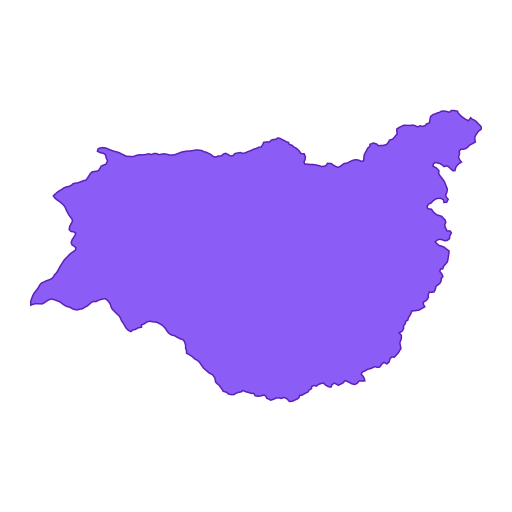 São João da Ponte, Minas Gerais, Brazil
{"feature_id": "56859067B41179975057544", "entity_name": "São João da Ponte", "entity_type": "district", "adm_level": 2, "iso_a3": "BRA", "parent_name": "Brazil", "parent_adm1": "Minas Gerais", "projection": "albers", "projection_center": [-43.884, -15.912], "detail": "fine", "context": "isolated", "style": "filled", "palette": "violet", "viewbox_px": 512, "rotation_deg": 0, "n_neighbors": 0, "source": "geoboundaries", "source_scale": "gbopen_adm2", "svg_char_len": 6048}
<svg xmlns="http://www.w3.org/2000/svg" viewBox="0 0 512 512"><path d="M457.3,165.2L459.0,163.6L461.5,162.1L459.6,159.8L458.5,156.8L459.5,154.0L459.3,151.0L461.2,149.1L463.5,149.2L465.8,148.6L467.7,147.2L469.5,145.2L475.3,142.1L474.9,139.6L474.8,136.8L476.6,133.9L478.4,131.3L481.1,129.3L481.3,127.1L480.1,125.4L478.0,123.6L476.5,121.7L474.5,120.2L472.1,119.2L470.7,117.7L468.5,120.7L465.7,119.4L462.0,116.8L459.9,114.9L458.3,113.2L457.5,111.2L454.5,110.6L451.4,110.5L449.4,112.3L446.5,111.4L443.6,111.0L441.4,111.2L439.3,112.5L437.2,112.9L435.4,113.9L433.1,114.5L430.6,116.5L430.1,118.6L429.3,123.1L426.6,123.8L425.3,125.6L422.6,126.4L420.1,125.8L417.6,126.9L415.0,125.6L412.7,125.1L410.5,125.4L407.2,125.4L404.0,125.2L399.0,127.5L396.8,129.0L396.8,131.4L397.2,134.0L395.7,135.5L394.3,137.4L392.6,139.2L389.5,140.1L388.2,142.5L386.5,144.5L383.5,145.4L378.3,145.6L376.4,143.9L373.4,143.0L370.1,144.3L369.7,146.5L367.7,148.1L366.4,150.8L364.6,153.9L364.0,156.1L363.8,158.8L363.5,160.9L361.1,161.3L359.0,160.3L356.6,159.7L354.5,159.9L352.2,160.5L347.1,163.1L344.1,163.5L339.8,166.6L337.7,167.4L333.5,165.3L331.4,163.6L327.5,163.3L325.9,165.7L323.9,166.3L321.4,166.5L318.6,165.5L313.3,164.5L310.0,164.5L307.1,164.1L305.0,164.1L303.9,162.2L305.1,159.6L305.4,156.8L304.2,153.8L301.0,153.6L299.2,150.9L296.4,148.3L293.7,146.9L292.0,145.2L289.4,144.6L288.5,142.4L286.2,141.7L284.0,140.4L281.9,139.5L279.9,138.3L277.6,138.0L275.7,139.4L273.4,139.5L271.2,140.2L269.6,142.0L267.2,141.9L263.7,142.3L262.5,145.0L261.1,147.0L258.3,147.4L255.9,148.6L253.5,149.2L251.1,150.5L247.8,151.7L244.7,153.1L242.3,153.3L240.4,152.5L235.0,153.5L233.0,155.6L230.6,156.1L228.3,154.6L225.6,153.3L223.5,154.0L221.1,156.0L218.2,156.0L215.9,157.0L213.4,156.6L211.1,154.6L206.2,152.2L203.8,151.7L202.1,150.6L196.9,149.9L190.0,151.0L186.9,151.1L181.8,152.0L174.9,154.7L172.1,155.0L169.9,155.1L167.1,154.3L163.5,153.8L158.9,154.7L156.8,153.6L154.1,153.5L151.5,154.6L148.9,153.8L143.9,154.8L138.8,154.8L135.8,155.6L133.4,156.6L126.3,156.3L124.0,155.0L122.2,154.3L119.7,152.9L117.2,152.0L114.6,151.4L111.3,150.3L105.4,147.9L102.5,147.6L100.0,148.0L98.1,148.8L97.4,151.2L100.4,152.8L103.1,153.1L105.7,155.0L106.2,158.1L107.6,160.8L105.9,164.2L103.2,165.2L101.0,166.3L100.0,168.4L98.3,170.8L95.9,171.3L92.2,171.8L90.3,173.6L87.6,177.9L85.9,180.2L83.6,180.6L79.3,182.3L77.2,183.0L74.9,183.2L72.9,183.8L71.2,185.4L69.1,186.4L65.9,187.0L63.4,188.2L61.6,189.6L59.4,190.7L57.7,191.9L53.3,195.8L54.6,197.8L56.6,199.6L60.3,202.1L63.7,205.2L65.2,207.4L66.4,210.4L69.1,215.3L72.1,219.3L72.4,221.4L69.7,226.3L69.2,229.6L71.0,231.5L73.7,231.8L75.6,233.1L75.1,235.3L72.2,239.6L71.2,242.5L72.0,244.9L74.0,246.1L76.0,247.8L75.3,250.2L70.3,253.7L64.3,259.9L60.8,265.3L56.7,272.6L54.5,274.8L53.5,276.8L52.1,278.3L50.0,279.5L46.0,280.9L43.8,282.1L41.5,283.0L39.5,285.4L38.4,287.6L34.0,293.3L32.7,295.8L31.6,298.7L30.7,301.6L30.8,305.2L32.9,304.3L35.6,303.7L42.2,303.9L44.4,302.7L46.7,301.1L48.8,299.8L51.4,299.0L54.7,299.8L60.3,302.1L62.5,303.9L65.3,305.8L67.6,306.7L70.3,307.4L72.4,308.8L74.8,309.6L77.5,309.9L80.0,309.1L82.5,308.8L84.6,307.3L87.3,306.0L91.5,302.3L93.4,301.5L96.0,301.6L99.1,300.0L102.7,299.0L105.3,298.7L107.2,300.1L109.1,302.3L110.6,304.9L111.2,307.3L112.3,309.2L117.1,314.1L119.3,316.0L120.6,318.5L121.7,321.1L123.1,322.9L124.5,325.3L125.9,327.8L128.1,330.2L130.9,331.6L132.9,329.9L135.5,329.4L137.9,327.9L141.5,327.2L141.6,324.8L144.5,323.7L146.8,322.0L149.8,321.2L152.9,321.8L155.4,322.0L158.0,322.8L160.5,324.2L163.1,325.9L165.4,328.5L167.5,331.8L169.5,333.8L171.8,335.1L174.4,335.6L176.8,337.1L179.8,338.6L183.5,340.0L184.8,342.5L185.6,345.2L185.6,348.3L186.5,350.7L186.5,353.2L189.2,354.6L192.1,356.5L194.7,358.9L197.3,360.3L199.4,362.2L203.5,368.1L208.9,372.8L212.5,374.7L214.3,377.0L215.2,379.2L215.5,381.9L217.1,383.7L218.9,385.0L221.7,388.8L223.2,391.3L226.3,392.2L228.6,394.1L231.5,394.7L234.3,394.5L236.0,393.2L238.3,392.4L241.1,391.9L243.0,390.5L245.3,391.6L251.6,393.4L253.8,393.4L255.1,395.7L257.6,396.3L261.4,395.8L264.1,395.0L265.9,396.3L266.7,398.3L268.6,399.0L270.7,400.2L273.2,399.4L276.2,398.1L278.9,397.8L281.1,398.5L284.2,397.4L287.2,399.0L289.4,401.5L292.6,401.2L295.2,399.9L297.5,398.9L299.0,397.6L299.8,395.2L301.7,395.3L305.8,393.0L307.7,392.2L309.2,390.0L311.5,388.6L311.7,386.4L314.0,385.5L316.5,386.1L318.4,384.4L323.3,382.9L325.3,384.9L328.3,386.7L331.0,387.1L332.1,384.6L334.3,383.1L338.5,385.3L343.2,382.8L345.0,380.6L348.6,382.1L351.8,383.8L354.7,384.5L357.0,383.4L359.4,380.8L362.4,381.1L364.8,380.9L364.3,378.6L363.1,376.3L361.3,374.4L362.0,372.2L365.4,370.7L367.8,369.2L370.4,368.7L375.0,366.6L377.5,367.4L379.8,367.0L381.7,364.2L383.9,362.4L386.8,363.9L389.0,362.2L389.9,358.8L391.8,357.0L394.3,357.2L398.4,352.8L399.5,350.7L400.9,348.6L399.8,342.5L401.0,339.8L401.4,337.7L401.4,335.4L399.1,332.7L402.1,331.3L403.6,328.6L403.5,325.9L405.3,323.6L405.7,321.2L407.8,320.2L408.4,317.7L409.9,315.5L410.9,313.5L411.8,311.0L415.4,310.7L419.0,310.1L424.8,306.8L423.4,304.5L423.4,302.1L425.9,300.7L427.5,299.1L428.4,297.0L428.2,294.8L429.5,291.9L431.5,292.4L434.1,291.9L435.3,289.5L435.9,286.4L439.9,283.3L441.0,281.3L441.4,278.5L442.9,276.5L441.7,273.7L439.7,271.3L440.7,268.8L442.7,269.0L443.6,266.3L447.3,262.0L448.0,259.1L448.8,253.7L449.1,251.0L446.5,249.1L444.2,247.2L441.8,246.2L439.0,245.5L435.2,242.1L437.0,240.2L439.7,239.2L442.7,239.9L444.8,240.8L447.4,240.3L449.5,238.7L449.8,235.9L451.4,232.8L450.1,231.0L447.0,230.9L445.5,227.8L444.6,225.1L445.8,222.3L445.1,219.9L443.6,218.5L441.8,216.4L439.5,215.6L437.0,214.9L434.6,213.2L433.0,211.5L431.5,209.2L427.8,208.7L427.1,206.2L428.9,203.9L431.1,203.0L432.9,201.0L435.5,199.1L437.6,198.4L440.6,198.3L443.4,199.7L444.0,202.5L446.7,202.2L448.2,199.3L446.4,197.2L445.6,195.3L447.0,191.9L447.3,188.9L445.5,184.4L444.4,181.7L443.1,179.7L439.9,175.6L438.7,173.6L438.9,170.7L436.3,167.9L433.1,166.3L433.4,163.8L435.3,162.5L438.0,163.0L440.4,163.8L442.3,165.0L444.0,166.6L446.8,165.9L448.6,166.8L452.7,170.7L454.9,170.7L455.8,167.3L457.3,165.2Z" fill="#8b5cf6" stroke="#5b21b6" stroke-width="1.5"/></svg>